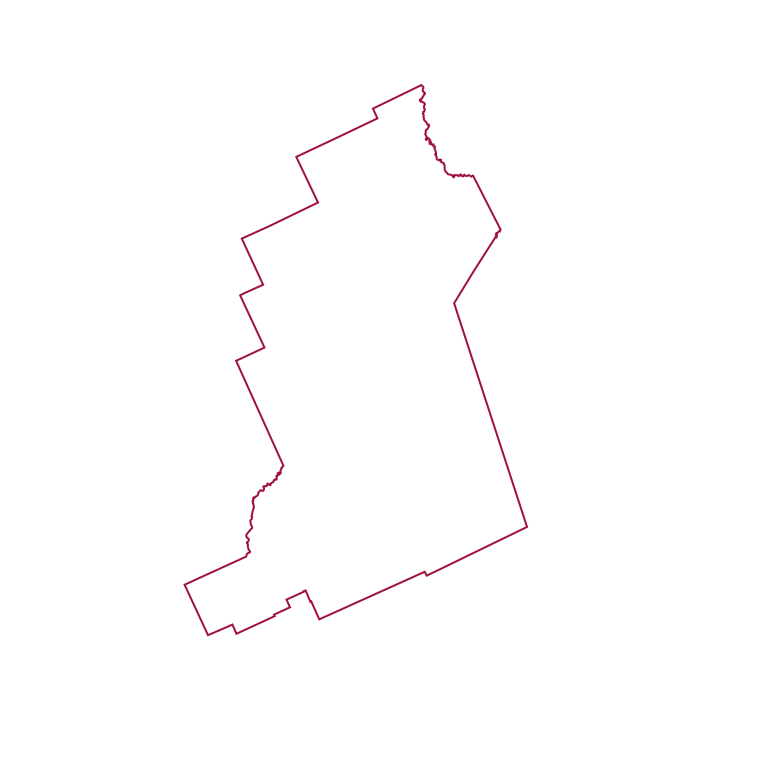 Coronel Suárez, Buenos Aires, Argentina (orthographic projection), rotated 199°
{"feature_id": "61730980B58975143566446", "entity_name": "Coronel Suárez", "entity_type": "district", "adm_level": 2, "iso_a3": "ARG", "parent_name": "Argentina", "parent_adm1": "Buenos Aires", "projection": "orthographic", "projection_center": [-61.824, -37.54], "detail": "fine", "context": "isolated", "style": "outline", "palette": "rose", "viewbox_px": 768, "rotation_deg": 199, "n_neighbors": 0, "source": "geoboundaries", "source_scale": "gbopen_adm2", "svg_char_len": 6020}
<svg xmlns="http://www.w3.org/2000/svg" viewBox="0 0 768 768"><g transform="rotate(199 384 384)"><path d="M507.2,129.3L468.6,89.2L449.0,107.2L442.2,99.8L411.8,128.9L412.9,130.1L400.2,142.3L406.0,148.4L392.3,161.4L392.6,161.8L390.9,163.3L382.7,154.1L382.0,154.8L368.6,140.4L284.4,219.7L281.2,216.7L202.2,295.4L344.0,483.2L335.7,520.7L326.7,557.9L326.5,558.3L326.2,558.5L325.5,558.9L325.3,559.4L325.4,559.6L326.2,559.5L326.4,559.6L326.5,559.7L326.4,560.0L325.6,560.3L325.5,560.8L326.5,561.0L326.8,561.4L326.7,561.6L326.1,561.7L325.9,561.9L325.9,562.2L326.0,562.6L326.8,562.8L327.0,563.0L326.9,563.3L326.0,563.8L325.4,564.9L325.2,565.6L324.7,565.8L324.3,565.8L324.0,566.0L324.0,566.5L324.3,567.1L324.4,567.4L324.1,568.0L367.6,610.0L367.8,610.0L368.0,609.7L368.7,608.7L369.0,608.5L370.7,609.0L371.3,609.1L371.6,608.8L371.9,608.6L372.2,608.7L372.6,608.5L372.9,608.3L373.6,607.5L373.8,607.4L375.5,607.5L376.3,608.0L376.5,607.7L376.6,606.5L376.7,606.2L376.9,606.1L378.5,606.0L379.3,607.0L379.6,607.2L379.9,607.0L380.6,606.0L380.7,605.1L380.9,604.9L381.3,604.9L382.2,605.3L382.7,605.4L384.5,604.6L384.8,604.5L385.5,604.5L385.8,604.3L385.9,604.2L385.2,603.0L385.1,602.7L385.1,602.4L385.4,602.1L385.7,602.1L386.1,602.4L386.8,602.9L387.1,603.2L388.6,603.5L389.8,603.6L391.4,603.1L391.8,603.2L392.1,603.3L392.8,603.9L393.2,604.1L394.5,604.7L395.9,605.8L396.1,606.2L396.4,606.6L396.9,607.7L397.7,609.9L397.9,610.6L398.6,611.1L399.0,611.2L399.3,612.1L399.5,612.3L400.8,612.5L401.5,612.4L401.8,612.4L402.3,612.8L402.6,612.7L402.9,612.8L402.8,613.4L403.1,614.5L403.3,614.6L403.6,614.6L404.1,614.2L404.6,614.2L404.8,613.6L405.2,613.5L406.7,613.5L407.2,613.8L407.5,614.0L407.9,615.3L408.1,615.6L408.5,616.0L408.6,616.3L408.9,616.7L409.4,617.0L409.5,617.4L409.4,617.7L409.6,618.0L409.8,618.0L410.4,617.8L410.5,618.1L410.1,618.6L410.0,618.9L410.1,619.7L410.9,620.5L411.0,620.9L411.3,621.3L412.1,622.2L412.2,622.5L412.6,622.7L413.2,623.6L413.2,624.2L412.9,624.8L413.1,625.1L413.5,625.1L413.9,625.0L414.7,625.0L415.1,626.6L415.4,626.6L415.6,626.2L416.0,626.0L416.4,625.9L416.6,626.2L417.0,626.1L418.8,625.9L419.1,626.0L419.1,626.3L419.0,626.5L418.1,627.2L418.0,627.5L418.2,627.9L419.2,627.7L420.1,627.8L420.2,628.2L419.8,629.1L419.6,629.5L419.8,629.8L422.3,631.0L422.6,631.0L422.9,630.7L422.8,629.8L423.1,628.8L423.5,628.5L424.2,629.0L424.2,629.5L424.0,630.0L423.8,630.8L424.1,631.5L426.4,633.7L426.3,634.3L426.4,635.0L426.3,635.6L426.5,636.0L426.8,636.3L427.0,637.4L427.0,637.9L426.9,638.3L425.9,639.0L425.8,640.3L425.5,641.3L425.4,641.7L425.5,643.0L425.7,643.5L426.1,643.8L426.5,643.8L427.1,643.3L427.4,643.4L427.5,643.7L429.5,645.4L430.6,645.9L431.9,646.6L432.2,646.9L432.5,647.3L432.8,648.3L433.1,648.7L433.7,649.3L433.8,649.6L433.8,650.6L434.0,651.1L434.3,651.5L435.2,652.1L435.4,652.5L435.0,653.2L435.5,653.9L435.3,654.1L434.8,654.6L434.6,655.0L434.8,655.5L434.9,655.9L434.9,657.1L436.1,658.1L436.3,658.8L436.6,660.1L436.5,661.3L436.4,661.7L436.4,662.0L437.2,662.7L438.0,663.0L438.5,663.1L439.1,663.0L440.6,663.7L441.0,663.6L441.4,663.4L441.5,663.1L442.4,663.7L442.6,664.0L442.5,664.4L441.7,665.6L441.1,666.3L440.9,666.6L440.8,667.0L441.0,667.7L440.9,668.2L440.5,669.2L440.4,669.7L440.5,670.4L440.5,670.7L440.0,671.1L439.8,671.3L439.8,671.9L439.9,672.2L440.5,672.7L440.8,672.8L441.1,673.0L442.4,673.3L442.7,674.0L443.3,674.7L443.3,675.7L443.1,676.3L443.4,677.4L443.6,677.8L444.7,678.1L446.0,678.8L484.1,640.8L476.7,633.0L511.9,598.4L540.9,570.2L505.5,534.1L544.2,495.6L565.8,475.2L530.6,438.5L544.5,425.5L548.9,421.0L509.0,379.7L509.3,379.5L509.2,379.2L531.4,357.8L452.5,274.0L452.5,273.6L453.0,273.0L453.0,272.8L453.1,271.8L453.2,271.6L453.7,271.3L453.7,271.0L453.4,270.4L453.5,269.7L453.5,269.4L453.7,268.4L453.6,267.6L453.4,267.4L452.9,267.1L452.8,266.2L453.6,266.1L453.8,265.9L454.8,265.8L455.1,265.6L455.3,264.9L455.4,264.5L455.3,264.4L454.9,264.5L454.6,264.4L453.8,264.6L453.4,264.5L453.6,264.1L454.4,263.7L454.9,263.1L455.1,262.5L455.6,262.2L455.8,261.9L455.5,261.5L455.0,261.2L455.0,260.3L454.8,259.1L454.6,258.9L454.8,258.7L455.0,258.6L455.1,258.3L455.6,258.4L455.9,257.9L456.5,257.8L456.9,256.6L456.9,256.3L456.7,256.2L456.7,255.4L457.0,255.2L457.1,254.9L458.2,253.8L458.5,253.2L458.5,252.8L458.6,252.6L458.5,251.9L458.4,251.5L458.5,251.4L458.9,251.7L459.2,251.9L460.0,251.4L460.4,251.3L460.7,252.0L461.0,252.0L461.5,252.0L461.7,251.8L461.8,251.4L461.8,250.7L461.7,250.1L461.8,249.7L462.3,249.1L462.4,248.8L462.8,248.6L463.3,248.5L464.3,248.4L464.6,248.1L464.5,247.4L464.3,247.3L464.1,247.0L463.6,246.5L463.4,246.2L463.4,245.7L463.2,245.3L463.3,244.4L463.7,243.5L464.1,243.4L464.7,243.3L465.2,243.6L465.5,243.5L465.9,243.2L466.4,243.0L466.8,242.0L466.9,241.6L467.3,240.6L467.4,240.2L467.2,240.1L467.2,239.8L467.3,239.6L467.1,238.8L467.2,238.1L467.2,237.8L467.4,237.3L467.9,236.6L468.5,236.1L468.7,235.7L468.7,235.3L469.3,234.6L470.0,234.6L470.2,234.4L470.3,234.1L470.0,234.1L469.8,233.8L469.7,233.5L469.8,233.3L470.2,233.2L470.3,232.9L469.9,232.2L470.1,232.0L470.1,231.6L470.0,231.4L469.7,231.1L469.6,230.7L469.9,230.3L469.5,229.8L469.5,229.1L469.2,228.6L469.0,228.4L468.4,228.1L468.2,227.8L468.1,227.2L467.9,226.7L467.2,226.1L467.0,225.0L466.7,224.5L466.7,224.2L466.9,223.0L466.9,222.3L466.7,220.6L466.6,219.5L466.4,219.0L466.4,218.4L466.3,217.6L466.2,216.1L466.1,215.8L465.7,215.7L465.4,215.5L465.5,215.0L465.3,214.4L465.3,213.8L465.2,213.2L465.3,212.8L465.5,212.5L465.8,211.9L465.8,210.8L465.6,210.3L465.0,209.7L464.8,209.2L464.6,208.5L463.6,207.2L462.4,206.3L462.0,205.7L461.8,205.1L462.0,204.4L462.7,203.1L463.4,201.1L464.4,198.8L464.5,198.1L464.7,197.6L464.9,196.3L464.9,195.9L464.8,195.4L464.3,194.8L463.8,194.3L462.5,193.7L462.1,193.6L461.5,193.5L461.1,192.7L461.1,191.3L461.2,190.7L462.0,189.6L461.9,189.0L461.7,188.7L460.7,188.4L460.3,187.5L459.7,185.5L459.1,185.0L458.4,184.1L458.0,183.1L457.6,182.8L457.0,182.7L456.3,182.2L456.0,181.9L456.1,181.3L456.5,180.5L456.8,180.2L457.5,179.8L458.1,179.0L458.3,178.5L458.3,177.9L458.1,176.8L458.4,175.7L507.2,129.3Z" fill="none" stroke="#9f1239" stroke-width="2"/></g></svg>